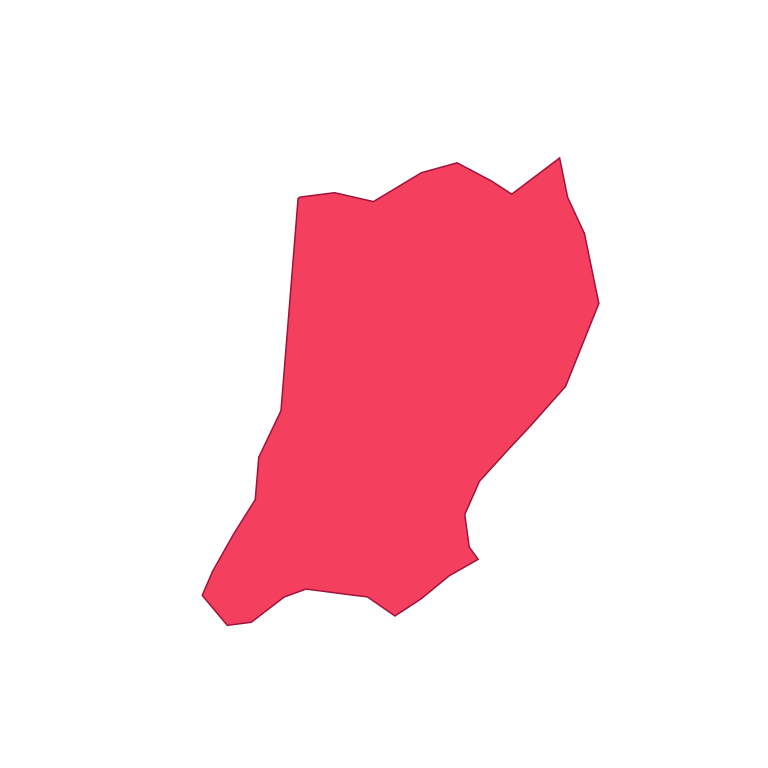 outline of Gwangmyeong-si, Gyeonggi, South Korea, rotated 219°
{"feature_id": "91817680B3942656644244", "entity_name": "Gwangmyeong-si", "entity_type": "district", "adm_level": 2, "iso_a3": "KOR", "parent_name": "South Korea", "parent_adm1": "Gyeonggi", "projection": "equal_earth", "projection_center": [126.869, 37.436], "detail": "fine", "context": "isolated", "style": "filled", "palette": "rose", "viewbox_px": 768, "rotation_deg": 219, "n_neighbors": 0, "source": "geoboundaries", "source_scale": "gbopen_adm2", "svg_char_len": 602}
<svg xmlns="http://www.w3.org/2000/svg" viewBox="0 0 768 768"><g transform="rotate(219 384 384)"><path d="M389.8,670.2L404.2,611.9L428.1,609.4L466.4,601.9L487.9,571.8L507.0,519.1L542.9,501.5L566.9,476.4L567.5,474.1L447.2,298.3L435.2,248.2L411.3,213.1L406.5,173.0L399.3,130.4L392.8,107.4L392.2,105.3L353.9,97.8L337.2,115.3L327.6,155.4L315.6,175.5L275.0,200.5L263.0,208.1L229.5,210.6L219.9,240.6L212.7,275.8L200.5,307.0L215.1,310.9L239.1,333.4L248.6,368.5L246.2,411.2L243.8,443.8L241.4,496.5L267.7,581.8L322.8,627.0L358.7,644.6L389.8,670.2Z" fill="#f43f5e" stroke="#9f1239" stroke-width="1.5"/></g></svg>